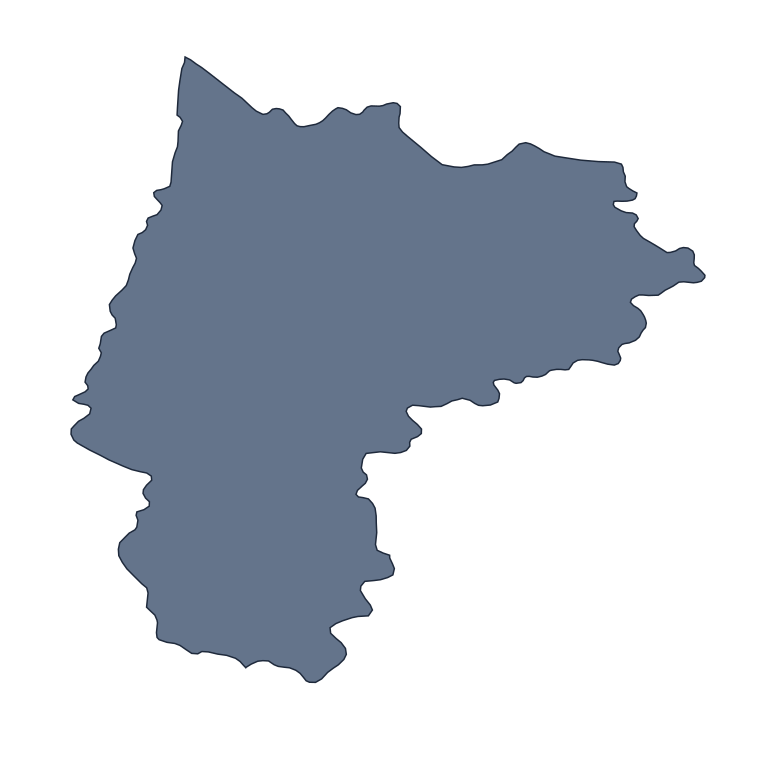 the district of Kapyl, Minsk, Belarus, rotated 6°
{"feature_id": "67162791B49789732024983", "entity_name": "Kapyl", "entity_type": "district", "adm_level": 2, "iso_a3": "BLR", "parent_name": "Belarus", "parent_adm1": "Minsk", "projection": "robinson", "projection_center": [27.145, 53.093], "detail": "fine", "context": "isolated", "style": "filled", "palette": "slate", "viewbox_px": 768, "rotation_deg": 6, "n_neighbors": 0, "source": "geoboundaries", "source_scale": "gbopen_adm2", "svg_char_len": 5376}
<svg xmlns="http://www.w3.org/2000/svg" viewBox="0 0 768 768"><g transform="rotate(6 384 384)"><path d="M407.5,553.7L400.7,552.2L394.6,550.1L392.3,544.6L392.3,532.6L390.8,522.7L390.0,516.0L388.1,508.4L385.1,504.0L380.5,499.9L375.0,499.2L370.4,499.0L367.7,496.7L368.7,492.6L373.0,487.7L375.8,484.7L377.5,480.4L376.1,476.2L372.5,473.8L370.2,469.9L370.7,461.1L373.5,454.9L387.4,451.8L395.3,451.8L402.1,451.8L407.8,450.4L413.2,447.7L416.2,443.1L415.6,439.3L416.8,436.1L422.9,432.8L426.3,429.4L426.0,424.9L421.5,420.8L416.2,417.2L411.7,413.5L408.9,408.9L409.8,405.5L414.6,402.1L421.0,401.9L432.5,402.1L437.3,401.2L443.1,400.3L448.8,396.9L453.2,393.8L458.8,391.9L463.3,390.0L471.3,391.2L476.2,393.8L480.2,395.3L484.4,395.3L492.0,393.8L499.0,390.0L499.9,386.3L499.9,381.6L497.9,378.3L493.4,373.5L492.5,370.9L493.5,368.9L498.2,367.3L502.9,366.5L508.5,366.8L513.3,369.2L515.3,369.5L520.1,368.3L522.0,366.1L523.1,363.2L524.9,361.6L527.7,361.2L531.3,361.5L535.9,361.2L540.3,359.6L543.7,357.6L545.6,355.4L547.3,353.5L549.3,352.7L554.1,351.4L558.3,351.0L562.6,351.0L566.2,350.2L568.4,346.2L569.9,343.3L574.1,340.2L578.5,339.1L585.3,338.6L589.0,338.6L594.2,339.1L598.4,339.9L604.4,340.9L611.1,341.1L614.8,339.2L616.5,336.0L616.7,333.5L614.3,329.0L613.1,327.0L613.7,323.4L616.5,319.8L619.2,318.6L623.5,317.5L629.6,314.2L633.0,310.5L634.4,306.4L636.1,303.2L638.1,300.6L638.5,296.1L637.6,293.3L636.1,290.2L634.6,288.0L631.7,284.4L628.6,282.2L623.9,280.0L620.5,277.0L621.3,273.7L624.7,270.9L628.3,268.8L632.2,268.4L638.0,268.3L647.4,267.0L649.9,264.9L653.7,261.4L661.3,256.4L666.6,251.9L671.4,251.0L675.1,251.0L681.1,251.0L684.8,250.2L688.9,248.6L691.8,244.7L691.8,242.3L687.6,238.5L684.5,236.1L680.4,233.7L679.4,231.1L679.4,226.7L679.1,223.1L677.2,219.6L672.1,217.0L667.5,217.0L663.8,218.3L660.1,221.2L655.0,223.2L651.7,223.7L643.6,219.7L634.1,215.3L626.8,212.1L623.3,209.5L619.2,205.1L616.3,201.4L616.3,198.4L618.4,195.7L619.5,192.9L617.2,189.5L613.3,188.0L606.9,188.2L601.8,187.0L595.1,184.1L593.3,181.7L593.6,178.4L596.8,177.7L601.6,177.4L606.6,176.7L612.0,175.1L614.4,173.4L615.4,170.6L615.6,167.6L611.1,165.9L606.9,163.8L604.7,162.4L602.5,157.7L602.2,152.1L599.9,148.0L599.0,143.6L597.6,141.3L597.1,140.5L590.0,139.2L574.0,140.4L556.3,140.8L539.7,140.0L530.1,139.5L524.7,137.9L518.9,136.3L513.8,133.6L509.0,131.5L504.6,129.9L499.7,129.2L493.3,131.3L490.2,134.9L487.1,139.0L482.6,143.0L477.7,148.6L464.3,154.5L458.8,155.8L450.7,156.7L445.0,158.8L438.4,160.5L431.0,160.8L418.9,159.8L407.3,152.8L395.9,144.8L381.4,135.2L376.1,131.5L372.2,127.4L371.4,123.0L371.1,117.0L371.7,113.5L371.3,106.4L367.7,103.6L363.8,103.3L357.3,105.3L353.9,107.2L350.3,108.2L346.2,108.5L342.1,108.8L338.3,110.4L335.5,113.8L334.4,115.8L331.6,118.3L327.9,119.0L322.6,117.8L317.9,115.2L313.9,114.2L309.3,114.0L307.1,115.5L304.3,117.9L301.0,121.7L298.1,125.6L295.6,128.5L292.7,130.8L289.2,132.8L283.3,134.6L277.5,136.5L273.6,136.8L270.5,136.3L267.8,134.3L263.7,130.1L261.2,127.4L257.8,124.7L255.0,122.1L251.3,121.3L248.0,121.3L244.3,122.4L241.6,125.7L239.3,127.5L235.4,128.5L228.5,126.0L224.0,123.1L212.8,114.6L204.7,110.1L191.7,102.0L179.7,94.5L169.7,88.4L163.8,85.4L157.7,81.8L152.0,79.6L152.0,85.1L150.0,91.4L149.3,104.1L149.0,113.2L149.7,130.6L150.1,138.2L153.3,140.1L156.2,143.8L155.3,147.9L153.1,153.8L153.8,164.3L153.8,169.7L152.1,175.8L150.4,185.1L151.1,205.5L150.3,209.8L145.0,212.8L141.8,214.1L137.7,215.2L135.0,217.8L136.0,221.5L138.9,224.1L142.3,227.0L144.7,229.6L144.0,234.3L140.6,239.3L136.4,241.3L132.1,243.6L130.8,247.1L132.3,250.9L130.8,255.5L127.7,258.7L123.6,261.0L121.3,267.4L120.1,275.0L122.4,280.5L124.7,284.8L123.9,289.8L122.0,294.4L119.7,301.4L118.9,307.2L117.4,313.0L113.6,318.0L107.9,324.4L104.9,329.0L102.6,333.7L104.1,340.3L106.4,343.8L109.8,346.7L111.6,353.1L111.3,356.3L105.9,359.5L100.3,362.7L98.0,366.2L97.6,373.8L96.6,378.3L99.6,382.5L99.1,386.2L97.5,391.2L93.4,395.9L91.1,400.0L88.4,404.0L86.9,408.1L86.5,413.4L89.5,416.6L90.3,419.8L87.6,423.0L81.2,426.8L77.7,428.8L76.2,432.3L82.3,435.2L87.6,435.5L91.8,436.1L95.2,438.7L94.4,444.5L89.1,449.5L84.1,453.0L80.0,458.2L77.7,461.4L78.0,466.7L81.4,472.2L85.2,474.8L98.1,480.4L108.4,484.2L118.6,488.3L133.0,492.9L142.1,495.5L150.9,496.7L157.3,497.3L162.2,499.9L163.0,504.0L158.4,509.5L155.8,514.2L155.8,518.0L158.8,522.4L163.0,525.6L163.3,530.0L158.4,534.1L151.6,537.0L151.2,540.5L153.5,545.2L153.1,552.2L151.5,555.1L146.2,558.9L142.4,563.6L137.8,569.4L137.1,576.1L138.2,582.5L142.4,588.7L147.7,594.8L155.3,601.0L164.0,608.0L169.3,611.5L171.2,616.5L171.2,621.7L171.2,630.8L176.1,634.6L180.3,637.8L182.9,642.5L183.7,645.1L183.7,649.8L183.7,655.1L184.8,659.8L187.1,661.8L195.1,663.6L203.1,663.9L208.4,665.3L214.8,668.8L220.9,672.0L227.0,671.8L230.8,669.1L237.3,668.8L246.8,670.0L255.9,670.3L265.0,672.3L269.9,675.0L273.4,678.2L276.2,680.6L276.4,680.2L281.3,676.4L287.4,672.9L292.4,671.8L298.1,671.5L304.1,674.7L308.3,675.9L314.8,676.1L319.7,676.1L326.2,677.9L330.8,680.5L334.2,683.8L337.6,687.3L341.0,688.4L347.1,687.9L352.8,683.8L358.1,676.7L363.4,671.8L368.0,668.0L372.9,662.1L374.8,656.8L373.3,651.0L368.4,645.7L363.1,642.2L357.0,637.5L355.8,632.0L361.2,627.3L367.6,623.8L376.7,619.7L382.4,617.9L392.7,616.2L396.1,610.0L393.5,605.3L387.8,599.5L382.1,591.9L382.1,587.5L385.5,582.3L394.6,580.5L401.0,579.0L407.9,576.1L412.8,572.9L413.6,566.5L411.3,562.1L407.9,556.5L407.5,553.7Z" fill="#64748b" stroke="#1e293b" stroke-width="1.5"/></g></svg>